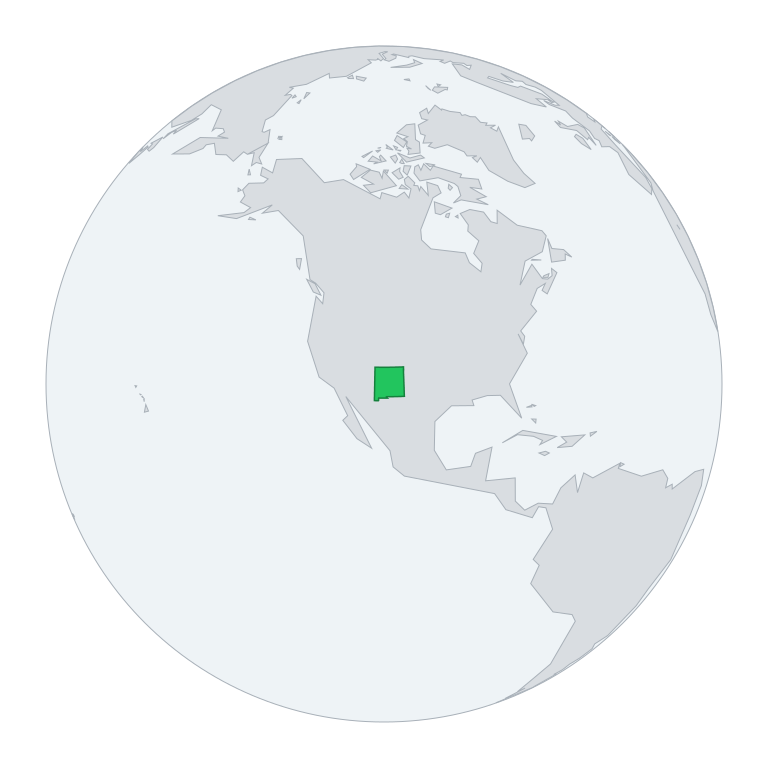 New Mexico highlighted on a globe, orthographic projection
{"feature_id": "USA-3524", "entity_name": "New Mexico", "entity_type": "State", "adm_level": 1, "iso_a3": "USA", "parent_name": "United States of America", "parent_adm1": "", "projection": "orthographic", "projection_center": [-107.139, 34.164], "detail": "fine", "context": "on_globe", "style": "filled", "palette": "green", "viewbox_px": 768, "rotation_deg": 0, "n_neighbors": 0, "source": "natural_earth", "source_scale": "10m", "svg_char_len": 11568}
<svg xmlns="http://www.w3.org/2000/svg" viewBox="0 0 768 768"><circle cx="384" cy="384" r="338" fill="#eef3f6" stroke="#a8b0b8"/><path d="M73.7,515.1L74.5,517.3L73.7,515.1ZM495.9,702.8L500.7,700.8L509.7,696.9L505.2,698.4L525.1,688.1L517.4,691.7L532.8,678.9L550.5,664.0L575.3,621.2L572.1,614.6L553.0,611.9L530.7,583.6L539.2,565.3L533.2,559.4L552.6,529.2L545.9,507.8L538.6,506.7L532.3,517.7L505.9,509.7L494.6,493.6L404.4,476.1L393.1,466.9L390.0,450.7L345.8,396.5L371.6,448.2L357.0,438.7L342.8,420.3L347.7,415.7L334.1,388.1L319.1,377.1L307.6,341.3L316.1,296.2L322.7,303.7L324.0,292.8L315.7,283.2L310.0,279.6L303.2,235.9L278.4,210.5L262.4,213.2L272.3,204.9L236.5,218.6L217.8,215.7L244.0,212.6L250.6,207.6L240.4,202.0L244.9,195.8L242.6,189.8L248.9,183.3L263.7,182.9L268.1,178.9L260.6,175.3L262.3,167.2L272.6,172.9L276.5,159.5L301.9,158.5L324.3,182.7L343.5,179.6L380.1,198.8L381.8,192.6L396.7,197.2L404.3,192.1L408.9,198.0L411.0,188.9L405.3,184.6L404.3,179.4L408.2,176.3L414.8,182.9L413.8,185.4L417.8,185.8L419.4,190.6L420.8,186.5L428.3,195.4L426.8,182.1L437.7,185.6L441.1,192.9L433.0,197.8L420.7,229.7L421.6,240.0L431.0,248.9L465.2,252.9L469.4,262.7L480.9,271.8L482.1,263.3L473.7,253.4L478.8,240.8L467.8,231.1L468.3,224.9L460.2,213.5L469.8,209.5L483.6,212.1L490.9,221.7L497.2,223.5L497.1,210.2L517.2,225.2L541.9,230.7L546.2,235.8L542.3,251.7L525.1,261.1L520.0,285.1L531.9,264.2L542.4,278.6L547.7,279.1L552.1,275.7L551.5,268.4L556.9,272.6L547.2,293.9L542.1,290.4L545.3,283.4L537.2,288.4L530.8,304.4L536.6,311.2L520.7,330.9L524.7,336.3L523.4,344.1L518.1,333.9L527.3,353.2L509.5,383.9L521.7,418.2L500.4,395.3L487.2,395.6L472.1,400.0L473.9,405.6L451.5,405.8L434.9,421.5L434.3,450.3L446.3,469.9L470.7,466.4L475.5,453.3L492.0,447.1L485.6,480.8L515.2,477.9L515.3,501.1L524.7,510.2L538.2,503.2L552.6,504.0L560.9,487.8L575.1,474.9L577.5,492.6L583.7,472.9L592.8,477.9L619.8,463.3L618.3,468.4L641.4,476.2L662.8,469.8L667.8,478.4L665.6,487.8L672.2,484.2L672.2,489.0L695.0,471.6L703.7,469.3L701.4,485.6L690.2,515.0L670.8,559.5L648.1,589.1L636.1,605.8L607.7,635.5L594.7,643.9L592.1,648.7L579.6,658.1L569.5,664.2L562.3,669.8L554.6,674.0L555.9,674.2L535.6,685.6L532.6,687.5L495.9,702.8ZM144.4,412.2L145.8,404.6L148.5,411.1L144.4,412.2ZM144.2,398.8L144.2,401.7L143.7,399.1L144.2,398.8ZM142.3,396.2L143.7,398.1L141.8,396.7L142.3,396.2ZM139.4,393.7L141.1,394.7L140.8,394.9L139.4,393.7ZM522.8,430.4L556.4,436.4L539.9,444.6L542.6,440.4L533.5,436.3L517.5,434.7L502.3,442.8L522.8,430.4ZM135.8,387.4L135.0,385.6L136.7,385.9L135.8,387.4ZM532.0,406.9L526.4,407.3L531.5,405.4L532.0,406.9ZM306.7,279.3L315.1,283.8L320.9,295.2L313.3,292.0L306.7,279.3ZM296.3,258.7L301.5,258.6L299.6,269.4L297.2,266.1L296.3,258.7ZM249.9,217.2L255.9,219.9L248.5,219.5L249.9,217.2ZM241.2,190.2L238.0,191.6L238.2,188.0L241.2,190.2ZM455.4,216.6L457.8,215.1L458.1,218.0L455.4,216.6ZM449.7,213.2L448.4,217.7L445.4,216.8L446.3,214.1L449.7,213.2ZM247.9,174.9L249.2,169.1L250.5,174.8L247.9,174.9ZM452.0,208.1L440.4,214.7L435.3,213.2L434.3,201.8L452.0,208.1ZM251.5,165.7L254.2,152.7L247.4,154.3L268.1,143.1L259.0,157.4L261.7,164.0L256.3,162.5L251.5,165.7ZM401.8,184.7L408.0,189.1L399.2,188.5L401.8,184.7ZM396.4,185.7L370.7,192.8L363.5,185.3L373.6,184.1L361.3,177.4L370.4,170.1L379.2,172.2L382.1,178.3L383.4,171.0L396.4,185.7ZM279.1,139.4L281.9,136.6L281.8,139.6L279.1,139.4ZM403.2,177.3L398.7,179.2L392.1,172.7L400.0,167.9L399.6,171.4L403.2,177.3ZM353.6,179.5L350.1,174.2L356.6,166.7L356.1,163.8L370.0,169.3L353.6,179.5ZM403.1,171.3L404.2,165.7L410.9,166.0L407.2,175.1L403.1,171.3ZM387.1,173.2L384.3,170.0L388.4,170.1L387.1,173.2ZM435.2,164.9L429.9,166.7L426.0,163.4L435.2,164.9ZM404.2,163.6L401.9,163.5L399.7,162.6L401.8,159.1L404.2,163.6ZM373.6,163.9L377.0,162.1L368.2,161.2L372.6,156.0L381.1,160.9L379.4,156.6L380.7,155.1L386.1,160.9L373.6,163.9ZM397.5,152.9L409.9,158.0L420.6,155.1L424.3,157.9L406.5,162.1L397.5,152.9ZM390.4,157.0L395.7,155.0L397.6,159.1L395.2,163.1L390.4,157.0ZM372.6,151.0L363.6,157.6L362.0,156.4L372.6,151.0ZM400.3,151.1L397.2,150.0L400.8,150.4L400.3,151.1ZM380.7,149.9L377.7,152.3L376.0,150.8L380.7,149.9ZM393.6,145.9L397.6,147.4L396.1,150.0L393.6,145.9ZM387.4,147.0L385.8,144.5L393.2,150.0L386.3,148.3L387.4,147.0ZM379.6,148.1L377.6,148.1L381.1,147.4L379.6,148.1ZM397.1,135.5L406.7,141.9L403.4,147.5L394.5,140.4L397.1,135.5ZM717.8,331.5L710.8,314.5L705.1,294.0L697.6,279.3L653.0,190.7L650.9,182.9L624.1,146.7L622.1,144.3L631.3,153.7L647.7,172.7L662.6,192.8L676.1,214.0L687.9,236.1L698.0,259.1L706.4,282.7L713.0,306.9L717.8,331.5ZM587.6,114.3L586.3,113.3L587.7,117.0L594.8,121.9L594.0,119.3L595.0,120.1L597.2,121.8L602.1,125.9L605.1,128.4L602.0,125.9L601.1,129.0L615.6,145.1L645.8,177.6L651.8,188.5L651.5,194.5L628.8,174.5L617.9,152.6L609.6,146.6L601.8,146.8L599.1,140.6L594.6,138.4L589.5,130.9L572.4,118.0L565.7,111.0L549.4,104.6L543.7,100.5L555.0,105.2L559.2,105.3L541.4,90.4L535.2,87.1L526.0,84.5L522.3,81.3L515.7,80.8L500.7,73.3L513.4,82.4L503.0,81.0L488.8,76.4L487.6,77.9L510.8,85.6L517.9,87.4L520.5,86.1L542.0,94.2L550.2,99.9L536.3,98.7L546.4,107.0L531.1,103.6L477.9,82.8L460.7,75.8L452.3,63.9L461.8,64.9L469.6,69.4L471.2,65.2L466.9,65.5L463.7,63.3L453.0,62.6L450.3,61.0L444.6,63.3L440.1,61.4L443.7,60.0L424.0,58.6L412.0,55.8L408.8,56.3L408.8,57.6L393.6,54.0L391.9,54.6L396.3,55.9L395.8,58.2L389.0,61.3L384.1,59.8L385.9,58.5L382.2,54.2L387.7,51.7L385.0,51.6L379.1,53.4L383.5,58.5L380.9,60.9L377.3,58.2L378.4,59.3L375.5,60.1L368.1,59.7L371.3,62.8L346.4,76.3L329.5,78.0L329.2,73.4L306.5,84.3L289.3,87.3L293.3,88.2L285.2,95.3L290.5,94.4L291.9,95.5L273.5,115.6L265.4,120.0L262.1,131.6L264.1,132.3L270.0,129.6L268.1,143.1L247.4,154.3L243.7,151.8L233.3,161.3L226.4,154.8L215.9,154.5L214.4,143.3L206.2,144.8L203.0,148.5L189.5,153.9L172.6,154.0L200.2,137.5L228.3,138.3L218.0,136.1L224.5,132.1L223.3,128.7L215.7,128.1L212.3,130.7L221.3,109.8L211.3,104.7L201.9,113.9L191.4,120.4L171.8,127.2L171.9,120.9L191.8,106.1L212.8,92.7L234.7,80.9L257.4,70.7L280.8,62.2L304.7,55.5L329.1,50.6L353.8,47.4L378.6,46.1L403.5,46.6L428.2,49.0L452.8,53.1L476.9,59.1L500.6,66.8L523.6,76.3L545.8,87.4L567.2,100.1L587.6,114.3ZM676.8,224.7L680.0,229.4L676.8,224.7ZM620.6,462.6L624.1,464.2L620.0,466.7L620.6,462.6ZM539.0,453.0L545.5,451.3L549.3,453.0L544.6,455.6L539.0,453.0ZM590.1,432.9L596.9,431.4L590.4,436.2L590.1,432.9ZM561.4,436.8L584.8,434.9L572.1,446.3L557.2,447.6L566.7,442.1L561.4,436.8ZM531.7,419.0L536.1,419.1L535.7,423.0L531.7,419.0ZM535.7,405.6L534.2,406.4L531.5,404.2L535.7,405.6ZM542.9,277.3L543.9,275.7L549.0,273.6L547.9,277.4L542.9,277.3ZM563.6,249.6L571.8,257.1L565.2,254.0L565.3,260.2L551.6,262.1L547.6,238.5L551.9,248.5L563.6,249.6ZM532.2,259.3L541.3,260.0L531.5,260.2L532.2,259.3ZM574.5,136.6L576.1,134.3L582.8,138.3L591.2,149.6L581.5,143.6L574.5,136.6ZM576.6,130.5L560.5,127.5L554.6,121.1L560.6,125.0L558.3,121.1L567.5,126.5L577.7,124.4L584.3,128.0L596.2,145.4L588.7,137.3L587.6,139.7L576.6,130.5ZM529.5,138.5L522.4,139.1L518.8,124.2L525.9,125.4L534.7,136.0L531.6,140.9L529.5,138.5ZM452.5,187.6L450.1,190.3L448.2,188.2L448.8,184.3L452.5,187.6ZM433.1,166.0L461.5,174.2L460.1,177.5L478.4,179.3L481.8,189.0L469.8,187.3L486.2,196.7L476.8,199.1L488.3,204.7L461.2,199.9L453.4,203.0L460.8,195.6L457.9,186.5L454.3,183.5L438.1,177.7L419.9,180.9L414.0,173.1L414.8,166.8L418.3,164.8L420.9,170.3L423.7,163.8L430.3,170.3L433.1,166.0ZM426.7,108.2L428.3,113.5L435.0,105.1L441.6,110.1L441.9,108.9L449.9,111.4L460.1,112.6L461.9,115.4L465.1,114.7L470.4,116.7L475.4,116.8L480.5,122.3L487.0,123.0L485.7,125.3L495.5,125.2L490.5,127.8L496.8,131.2L498.4,126.9L513.5,160.0L523.8,173.3L535.1,183.4L524.9,187.6L507.7,181.2L488.9,170.4L480.4,157.5L477.3,162.2L472.4,157.6L476.9,155.8L467.0,155.9L464.1,151.8L447.3,144.7L434.8,148.3L428.4,146.2L431.8,142.7L423.0,143.1L425.2,135.4L420.6,133.8L418.2,125.1L427.5,120.0L421.7,118.7L419.6,112.6L426.7,108.2ZM396.8,133.0L406.4,124.8L414.8,123.8L415.5,139.6L419.4,142.1L420.1,153.0L408.0,154.4L408.9,151.1L406.9,148.2L411.5,148.9L406.4,146.3L407.4,141.7L403.8,138.6L407.9,136.7L396.8,133.0ZM614.1,136.5L614.9,137.4L612.4,135.0L608.6,131.5L614.1,136.5ZM614.7,139.5L611.8,136.4L617.8,141.0L620.3,143.9L614.7,139.5ZM605.1,131.3L611.2,135.9L609.4,135.1L605.1,131.3ZM551.7,102.6L548.0,99.8L549.6,100.0L554.0,102.1L551.7,102.6ZM447.7,87.4L447.3,89.9L445.0,89.5L437.8,93.2L432.3,90.2L434.5,86.9L447.7,87.4ZM440.6,84.8L438.2,86.5L437.0,84.0L440.6,84.8ZM428.0,88.3L425.6,85.6L430.8,90.3L428.0,88.3ZM390.6,67.4L406.7,65.1L414.7,62.7L413.5,59.6L422.1,63.5L409.8,67.2L390.6,67.4ZM352.4,75.1L353.5,78.6L348.5,78.5L347.5,77.7L352.4,75.1ZM356.3,76.2L366.2,78.1L363.8,81.1L356.5,78.9L356.3,76.2ZM403.9,79.5L409.0,78.9L410.0,80.8L403.9,79.5ZM72.2,513.8L74.9,519.9L73.2,516.4L72.2,513.8ZM74.5,517.3L72.4,513.4L73.7,515.1L74.5,517.3ZM143.2,146.9L139.4,151.0L142.7,148.0L140.4,151.7L147.7,145.9L148.1,147.0L139.4,154.7L128.9,163.4L137.9,152.4L138.1,152.2L143.2,146.9ZM151.1,143.2L162.9,137.0L153.7,147.6L149.1,151.2L147.5,149.4L152.5,143.9L151.1,143.2ZM163.1,138.8L168.0,133.7L195.7,118.8L199.2,118.6L173.3,134.1L176.6,130.3L171.4,132.5L163.1,138.8ZM278.7,136.3L281.6,136.5L278.0,138.3L278.7,136.3ZM295.0,94.9L296.2,96.7L291.9,98.2L295.0,94.9ZM297.2,102.8L301.2,99.7L299.0,103.6L297.2,102.8ZM309.9,93.0L303.8,98.8L306.7,92.5L309.9,93.0Z" fill="#d9dde1" stroke="#a8b0b8" stroke-width="1"/><path d="M379.0,398.0L378.9,398.0L378.7,398.0L378.6,398.3L378.6,398.5L378.6,398.8L378.6,399.0L378.6,399.3L378.6,399.5L378.6,399.8L378.6,400.0L378.6,400.3L378.6,400.5L378.4,400.7L378.2,400.7L377.9,400.7L377.7,400.7L377.3,400.7L377.1,400.7L376.9,400.7L376.6,400.7L376.4,400.7L376.2,400.7L375.8,400.7L375.6,400.7L375.4,400.6L375.1,400.6L374.9,400.6L374.7,400.6L374.4,400.6L374.4,399.6L374.4,398.5L374.4,397.5L374.5,396.4L374.5,395.4L374.5,394.3L374.5,393.3L374.5,392.3L374.6,391.2L374.6,390.2L374.6,389.1L374.6,388.1L374.6,387.0L374.7,386.0L374.7,384.9L374.7,383.9L374.7,382.9L374.7,381.8L374.8,380.8L374.8,379.7L374.8,378.7L374.8,377.6L374.8,376.6L374.9,375.5L374.9,374.5L374.9,373.5L374.9,372.4L374.9,371.4L375.0,370.3L375.0,369.3L375.0,368.2L375.0,367.2L375.9,367.2L376.8,367.2L377.7,367.2L378.6,367.2L379.5,367.3L380.4,367.3L381.2,367.3L382.1,367.3L383.0,367.3L383.9,367.3L384.8,367.3L385.7,367.3L386.6,367.3L387.5,367.3L388.4,367.3L389.3,367.3L390.1,367.2L391.0,367.2L391.9,367.2L392.8,367.2L393.7,367.2L394.6,367.2L395.5,367.1L396.4,367.1L397.3,367.1L398.1,367.1L399.0,367.0L399.9,367.0L400.8,367.0L401.7,367.0L402.6,366.9L403.5,366.9L403.5,367.6L403.5,368.4L403.6,369.1L403.6,369.8L403.4,369.8L403.4,370.1L403.5,370.9L403.5,371.8L403.5,372.6L403.5,373.4L403.6,374.2L403.6,375.0L403.6,375.9L403.7,376.7L403.7,377.5L403.7,378.3L403.8,379.1L403.8,380.0L403.8,380.8L403.8,381.6L403.9,382.4L403.9,383.2L403.9,384.1L404.0,384.9L404.0,385.7L404.0,386.5L404.1,387.3L404.1,388.1L404.1,389.0L404.1,389.8L404.2,390.6L404.2,391.4L404.2,392.2L404.2,393.1L404.3,393.9L404.3,394.7L404.3,395.5L404.4,396.3L403.2,396.4L402.1,396.4L401.0,396.5L399.9,396.5L398.8,396.5L397.7,396.6L396.6,396.6L395.5,396.6L394.4,396.6L393.3,396.7L392.2,396.7L391.0,396.7L389.9,396.7L388.8,396.7L387.7,396.7L386.6,396.7L386.4,396.8L386.5,397.1L386.5,397.3L386.7,397.6L386.7,397.8L386.8,397.8L387.2,398.1L386.9,398.1L386.6,398.1L386.4,398.1L386.1,398.1L385.9,398.1L385.7,398.1L385.4,398.1L385.2,398.1L384.8,398.1L384.7,398.1L384.4,398.1L384.2,398.1L383.9,398.1L383.7,398.1L383.4,398.1L383.1,398.1L382.9,398.1L382.6,398.1L382.4,398.1L382.2,398.1L381.8,398.1L381.7,398.1L381.3,398.1L381.2,398.1L380.9,398.1L380.7,398.1L380.4,398.1L380.2,398.1L379.9,398.1L379.6,398.1L379.4,398.0L379.1,398.0L379.0,398.0Z" fill="#22c55e" stroke="#15803d" stroke-width="1.5"/></svg>